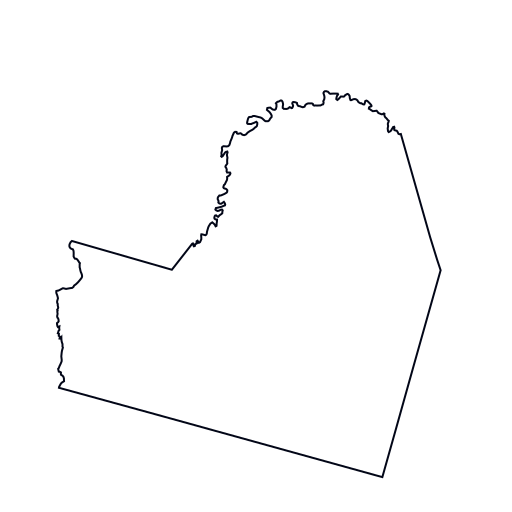 the district of Sala Krau, Krong Pailin, Cambodia, rotated 16°
{"feature_id": "14789045B37468243401885", "entity_name": "Sala Krau", "entity_type": "district", "adm_level": 2, "iso_a3": "KHM", "parent_name": "Cambodia", "parent_adm1": "Krong Pailin", "projection": "natural_earth1", "projection_center": [102.586, 13.003], "detail": "fine", "context": "isolated", "style": "outline", "palette": "ink", "viewbox_px": 512, "rotation_deg": 16, "n_neighbors": 0, "source": "geoboundaries", "source_scale": "gbopen_adm2", "svg_char_len": 5917}
<svg xmlns="http://www.w3.org/2000/svg" viewBox="0 0 512 512"><g transform="rotate(16 256 256)"><path d="M361.6,98.8L360.5,99.4L359.3,99.3L357.5,97.3L356.7,96.8L355.2,96.9L354.3,96.8L353.6,95.6L353.8,94.7L353.2,93.7L352.3,94.2L351.9,95.7L351.6,96.6L351.4,97.6L351.0,98.7L350.3,99.5L349.4,100.3L348.5,99.6L347.8,98.0L347.4,97.0L347.3,95.7L347.2,94.6L346.5,93.3L346.2,92.0L346.4,91.1L346.4,89.5L345.1,88.9L343.9,88.0L342.9,87.4L342.1,87.1L341.5,86.5L340.9,85.8L340.4,84.9L340.3,83.9L339.6,83.7L338.7,84.6L338.0,85.1L337.0,85.1L334.2,84.8L333.4,84.1L331.9,83.1L330.8,83.6L329.4,84.2L328.3,84.6L326.1,83.9L324.7,83.4L323.9,83.3L323.7,82.0L324.2,81.2L325.2,80.7L325.7,79.9L325.1,79.1L324.1,78.4L322.9,77.7L321.3,76.8L320.2,76.3L319.2,76.2L318.3,77.0L318.4,78.0L318.4,79.3L318.3,80.4L317.5,80.7L316.6,80.6L315.2,80.1L314.2,80.4L312.6,80.0L311.6,79.5L310.7,78.5L309.6,78.0L308.7,77.8L307.7,77.9L306.5,78.4L305.7,79.0L304.7,79.9L303.9,80.1L302.9,78.8L302.4,77.7L301.9,76.4L301.0,75.6L300.2,75.1L299.3,75.0L298.6,75.5L297.2,77.1L296.9,78.2L296.2,78.7L295.2,78.9L293.6,79.3L292.4,81.8L291.9,82.7L291.2,83.6L289.9,83.0L289.7,81.3L289.8,79.4L290.4,78.2L289.8,77.4L285.2,78.7L284.0,79.1L282.7,79.6L281.9,79.5L280.5,78.6L279.7,78.2L278.9,78.3L278.1,78.2L276.7,78.7L276.1,79.5L275.9,80.8L276.7,82.0L277.6,83.4L278.2,84.9L278.4,86.7L278.2,87.6L278.0,88.7L278.6,89.6L278.8,90.9L278.7,91.7L277.9,92.1L277.3,92.8L276.3,93.6L275.4,93.8L273.8,94.4L271.3,95.0L270.5,95.4L269.4,95.1L268.7,94.1L267.6,93.9L264.2,94.9L263.5,95.3L262.6,96.1L261.8,97.3L261.5,99.1L260.0,100.1L258.4,100.1L257.1,99.9L255.9,100.1L255.0,100.0L253.8,98.9L253.2,97.6L251.8,97.4L250.5,97.5L249.3,97.7L248.8,98.4L248.8,99.3L250.2,101.2L250.3,102.2L250.0,103.7L249.3,104.1L248.4,103.7L247.2,103.7L246.4,105.1L245.1,106.1L244.2,106.4L243.2,106.6L242.3,106.9L240.9,106.3L240.5,104.9L240.3,103.0L239.9,102.0L239.1,100.6L238.4,99.9L237.7,99.5L236.8,99.7L235.1,101.4L234.3,101.7L233.7,102.4L233.0,103.7L233.8,104.4L234.5,106.7L234.6,109.1L233.8,110.3L232.0,110.6L230.6,110.2L228.9,109.4L227.5,109.9L226.1,110.6L226.2,112.5L227.5,113.1L229.1,113.8L230.5,114.8L231.5,115.7L232.3,116.6L232.7,118.1L232.2,119.1L231.8,119.9L231.6,120.7L231.3,122.0L230.4,123.1L229.4,123.4L228.0,123.8L227.2,123.6L226.4,123.2L224.0,122.0L222.9,121.7L221.7,121.6L220.4,121.7L216.0,121.8L214.6,122.2L213.8,123.1L212.9,123.7L212.0,123.9L211.0,124.4L210.7,125.1L210.5,126.5L210.6,129.9L211.0,131.0L211.9,131.3L212.8,131.0L213.8,130.8L215.1,130.4L215.9,129.6L217.0,128.9L219.3,126.9L220.5,127.6L220.9,128.9L221.0,130.8L220.5,131.8L219.8,132.5L218.6,134.6L217.6,135.8L215.8,137.5L215.1,138.3L213.9,139.8L213.1,141.5L212.6,142.2L211.3,143.1L210.0,143.2L208.9,143.0L208.3,142.5L207.2,142.3L205.0,143.5L203.9,143.4L203.1,142.1L201.7,142.4L201.0,143.2L200.7,143.9L200.5,145.7L200.3,146.8L200.3,148.5L200.2,149.9L200.0,151.5L199.8,153.1L199.9,154.2L199.9,155.3L199.8,156.7L199.0,158.1L197.6,158.8L194.5,159.4L193.5,160.4L193.4,161.6L194.3,163.6L194.3,166.1L194.7,167.5L195.2,168.4L195.0,169.7L195.7,170.1L196.5,169.1L197.7,165.1L198.4,164.2L199.6,163.5L200.1,164.2L200.1,166.7L201.5,169.5L201.7,171.2L202.1,172.6L202.4,173.8L202.9,174.8L202.7,175.8L202.0,177.5L202.0,178.7L203.3,179.8L204.1,181.1L204.3,182.6L205.2,183.7L208.0,182.9L208.6,183.5L208.6,184.7L208.1,185.9L206.4,187.9L207.0,189.7L207.1,191.1L206.6,193.6L206.3,195.6L205.6,196.7L205.6,198.9L206.3,199.6L207.1,199.8L208.3,199.7L209.3,200.0L210.3,200.7L210.6,202.3L210.3,203.2L208.6,205.0L205.8,207.3L205.1,207.7L204.1,207.9L203.6,209.1L203.2,210.1L203.3,211.2L203.6,212.1L204.5,213.0L204.9,213.7L205.1,215.0L206.3,215.6L207.3,215.6L208.3,215.2L210.2,212.8L211.5,213.9L212.2,215.0L212.2,215.9L211.3,216.5L209.4,218.1L206.1,220.0L204.2,221.0L204.2,222.6L205.2,223.1L206.7,223.3L208.0,222.6L209.4,221.2L210.5,220.7L211.4,221.3L211.5,223.0L211.8,224.1L211.4,224.9L210.6,225.9L209.8,226.8L208.8,228.8L208.1,228.7L206.5,227.9L205.6,228.3L205.3,229.2L205.4,230.8L205.8,231.5L206.9,232.0L208.5,231.7L208.7,232.5L209.0,233.9L209.2,235.7L209.6,237.1L209.7,238.0L209.0,238.6L208.3,237.8L207.2,236.9L204.7,235.7L204.1,236.4L203.2,237.5L202.4,240.3L202.2,241.7L202.2,246.1L202.5,248.1L202.3,249.2L201.6,250.0L198.6,250.0L197.5,250.2L197.6,251.4L198.4,253.5L198.8,255.0L198.4,258.0L197.8,258.8L197.0,259.2L196.5,258.2L195.6,257.4L194.9,258.2L195.1,259.3L195.4,260.5L194.3,261.4L194.4,262.3L194.4,263.3L193.6,263.8L193.0,263.2L192.7,262.2L191.9,261.3L191.3,261.8L178.9,292.4L74.9,292.3L74.0,293.8L73.6,295.8L73.6,296.8L73.9,298.0L74.4,298.8L75.0,299.3L75.7,299.8L76.9,300.0L78.2,300.1L79.2,301.4L79.9,303.3L80.8,306.7L81.6,307.6L82.7,308.5L84.1,308.2L85.1,308.6L87.0,310.1L87.7,310.8L88.7,311.4L88.7,312.3L89.6,315.5L90.2,316.4L91.1,318.2L92.0,319.7L92.9,320.7L93.8,322.0L94.4,323.3L94.5,324.5L94.2,325.6L93.2,328.0L92.1,330.4L91.4,331.6L90.7,332.8L89.9,333.8L89.3,334.6L89.0,336.1L88.0,337.4L86.3,338.1L83.9,339.3L82.5,340.0L80.1,340.1L79.3,340.2L78.4,341.0L77.2,342.2L75.6,343.7L74.6,344.1L73.7,344.7L74.1,346.2L74.6,347.1L75.1,347.7L75.7,348.5L76.5,349.8L77.3,351.2L77.3,354.3L77.8,355.8L78.7,356.8L78.9,357.9L80.1,360.1L80.1,361.1L79.7,362.6L80.4,363.2L80.3,364.1L80.6,364.9L81.2,366.2L81.3,367.1L81.4,368.6L82.1,370.0L82.9,370.4L83.7,371.6L84.3,373.2L84.0,374.2L83.2,375.3L83.4,376.1L84.4,378.1L85.2,378.9L86.4,377.9L86.6,379.3L87.4,381.2L86.8,382.6L86.9,383.5L86.8,384.9L88.0,385.1L88.4,387.1L89.8,387.6L89.9,389.5L90.7,389.4L91.3,387.8L91.7,389.1L92.2,390.5L92.5,391.2L93.4,392.8L94.1,393.7L94.5,394.7L94.9,396.3L95.6,397.2L95.6,400.5L95.8,402.2L96.5,406.1L97.9,409.5L98.2,411.0L97.8,414.2L97.5,415.7L97.3,418.1L96.9,419.0L98.3,421.5L99.4,421.4L100.6,421.7L100.9,423.2L101.6,424.1L102.9,424.3L104.2,425.2L105.1,426.6L106.0,429.3L104.5,430.9L103.7,432.2L103.2,434.2L102.8,436.1L102.9,437.0L210.2,435.8L430.9,433.8L438.4,433.7L438.2,384.7L437.8,317.6L437.4,218.8L431.1,209.6L418.2,189.9L361.6,98.8Z" fill="none" stroke="#020617" stroke-width="2"/></g></svg>